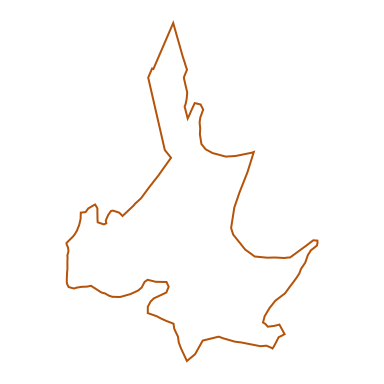 outline of Kafr Al-Dawwar, Al Buhayrah, Egypt
{"feature_id": "37247803B70717043240627", "entity_name": "Kafr Al-Dawwar", "entity_type": "district", "adm_level": 2, "iso_a3": "EGY", "parent_name": "Egypt", "parent_adm1": "Al Buhayrah", "projection": "natural_earth1", "projection_center": [30.128, 31.137], "detail": "fine", "context": "isolated", "style": "outline", "palette": "amber", "viewbox_px": 384, "rotation_deg": 0, "n_neighbors": 0, "source": "geoboundaries", "source_scale": "gbopen_adm2", "svg_char_len": 2920}
<svg xmlns="http://www.w3.org/2000/svg" viewBox="0 0 384 384"><path d="M185.0,63.7L185.0,63.4L182.8,56.8L181.0,50.4L173.2,23.0L172.0,25.8L153.4,69.0L152.1,68.5L148.2,77.6L164.8,150.0L170.2,156.7L171.0,157.8L168.5,161.3L165.3,165.8L162.2,170.1L158.5,175.4L155.9,178.7L154.1,180.9L152.6,182.9L151.8,184.0L150.6,185.4L148.1,188.7L141.1,198.2L139.5,199.7L138.6,200.5L138.4,200.7L138.3,200.8L135.3,203.5L133.9,205.2L132.1,207.0L129.3,209.6L127.1,211.7L125.0,213.7L123.9,214.7L122.5,216.0L119.8,213.2L118.8,212.5L112.9,210.6L111.0,211.0L108.2,215.0L107.1,217.4L105.8,220.6L106.3,223.3L103.9,224.4L97.7,222.3L97.6,221.1L97.5,218.8L97.4,213.0L97.4,208.4L96.0,205.9L95.1,204.5L92.6,205.9L88.3,208.4L85.6,212.1L80.8,212.6L80.6,218.9L80.3,220.2L79.1,225.3L77.4,229.3L77.2,230.3L75.9,232.3L75.3,233.5L73.4,236.1L71.4,238.1L69.3,240.2L66.5,243.0L66.6,244.3L68.0,247.5L68.5,251.1L67.3,255.9L67.6,257.2L67.4,261.0L67.4,264.6L67.4,266.8L67.4,269.3L67.2,271.0L67.0,274.3L66.9,276.6L66.8,278.8L66.8,281.8L67.0,283.7L67.6,285.0L68.6,287.0L73.1,288.3L74.1,288.5L76.4,287.7L81.1,286.9L82.2,286.8L87.2,286.6L91.0,285.8L96.0,289.0L101.4,292.5L105.2,293.5L109.2,295.8L112.8,296.9L113.8,296.8L118.0,297.0L120.5,296.9L126.5,295.2L130.4,294.1L135.7,291.7L138.2,290.5L141.7,287.5L144.6,281.9L147.6,279.8L151.7,280.8L155.7,281.8L166.5,282.0L166.7,282.3L166.8,282.7L168.7,286.7L166.8,291.4L166.4,292.5L153.8,298.4L150.6,301.5L147.8,306.8L147.8,313.1L152.7,314.8L156.6,316.2L161.0,318.5L166.7,321.1L168.1,321.6L173.5,323.7L174.2,328.6L176.8,334.3L177.9,336.4L178.1,337.6L178.8,342.6L181.1,348.6L181.8,350.1L186.9,361.0L195.1,354.2L202.7,340.6L217.7,336.9L218.9,336.7L223.5,338.4L226.0,339.1L234.6,341.6L241.5,342.5L252.7,344.7L260.4,346.2L266.4,345.7L271.4,347.8L272.5,348.5L273.6,346.9L275.6,343.2L276.1,342.2L278.6,337.3L284.6,334.2L279.4,324.6L274.3,325.9L267.9,326.7L266.9,325.7L265.5,324.0L263.0,322.5L264.2,318.0L264.6,316.3L266.8,312.6L268.2,310.2L269.7,307.8L272.6,304.2L275.2,300.8L278.1,298.6L283.9,294.2L285.0,293.4L289.7,286.9L291.6,284.4L292.8,282.9L295.6,279.0L296.5,277.8L299.4,273.3L301.0,268.9L305.2,262.7L307.9,255.0L309.3,252.9L310.7,250.5L316.9,245.6L317.5,243.0L317.4,240.6L313.3,240.3L311.4,241.7L308.9,243.6L307.1,245.0L304.8,246.7L300.7,249.7L290.2,257.4L287.6,257.6L286.2,257.7L284.7,258.0L274.7,257.5L267.3,257.7L262.0,257.2L254.7,256.5L249.7,252.8L245.2,249.6L240.5,243.7L236.8,239.1L234.3,236.0L233.2,234.6L231.6,229.6L231.1,228.0L234.1,208.9L234.3,207.6L239.5,192.4L246.1,175.7L247.6,171.8L253.8,152.0L251.8,152.7L235.5,156.0L225.8,156.6L220.9,155.3L216.6,154.1L212.6,153.1L210.1,151.7L205.6,149.3L201.4,144.0L200.6,138.7L199.9,134.4L200.2,128.5L199.6,122.4L200.3,117.5L203.2,109.6L201.8,106.9L200.6,104.5L194.7,103.1L191.0,111.2L189.5,114.7L187.7,118.5L185.0,108.0L184.6,106.7L185.6,104.1L186.7,98.7L187.2,92.3L185.5,85.1L183.9,78.0L184.2,76.5L187.0,69.7L185.0,63.7Z" fill="none" stroke="#b45309" stroke-width="2"/></svg>